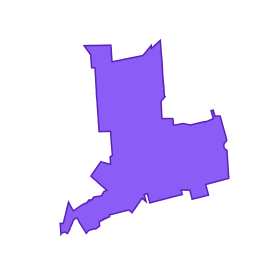 Tercero Arriba, Córdoba, Argentina, rotated 165°
{"feature_id": "61730980B38611506941533", "entity_name": "Tercero Arriba", "entity_type": "district", "adm_level": 2, "iso_a3": "ARG", "parent_name": "Argentina", "parent_adm1": "Córdoba", "projection": "equal_earth", "projection_center": [-63.538, -32.374], "detail": "fine", "context": "isolated", "style": "filled", "palette": "violet", "viewbox_px": 256, "rotation_deg": 165, "n_neighbors": 0, "source": "geoboundaries", "source_scale": "gbopen_adm2", "svg_char_len": 5367}
<svg xmlns="http://www.w3.org/2000/svg" viewBox="0 0 256 256"><g transform="rotate(165 128 128)"><path d="M149.1,218.9L145.0,208.1L145.2,207.6L146.1,203.1L147.0,198.5L147.5,195.5L144.3,194.7L145.5,188.8L147.9,177.2L148.7,173.2L148.9,171.8L149.2,171.5L150.4,165.4L150.9,162.2L151.3,160.0L152.2,155.9L152.8,152.7L153.3,150.0L153.9,146.9L154.7,143.0L155.0,141.6L155.4,139.6L155.6,138.7L155.8,137.3L156.1,135.8L156.9,132.0L145.7,129.2L146.5,125.2L147.8,118.6L148.2,116.8L148.5,114.6L149.8,107.8L150.2,105.5L152.1,105.0L152.8,104.7L153.4,101.7L154.1,98.2L154.3,97.5L155.2,98.0L156.2,98.5L157.2,99.1L158.5,99.8L159.7,100.5L160.9,101.2L162.8,102.3L162.9,102.5L166.2,99.7L169.7,96.8L176.3,91.1L173.9,87.4L172.5,85.4L171.6,84.0L171.0,83.0L170.1,81.7L169.3,80.4L168.1,78.6L165.9,75.3L165.5,74.6L164.7,73.4L165.2,73.4L165.5,73.3L165.8,73.1L166.1,73.1L166.4,73.0L166.6,73.0L166.8,72.9L167.2,72.8L167.7,72.8L168.1,72.5L168.4,72.3L168.6,71.7L168.8,71.6L169.3,71.4L169.4,71.2L169.6,71.1L169.9,70.9L170.1,70.6L170.2,70.3L170.6,69.6L170.9,69.5L171.2,69.5L171.8,69.5L172.2,69.3L172.9,69.4L173.4,69.6L173.8,69.6L174.3,69.6L174.8,69.7L175.2,69.8L175.7,69.9L176.2,69.9L176.8,69.9L177.1,70.0L177.3,70.0L177.8,70.1L178.0,70.2L178.3,70.2L178.6,70.1L178.8,69.9L179.0,69.8L179.3,69.8L179.3,69.7L179.6,69.4L179.9,69.3L180.1,69.1L180.3,69.0L180.4,68.8L180.5,68.5L180.7,68.4L181.0,68.3L181.1,68.2L181.3,68.3L181.6,68.1L182.0,68.3L182.3,68.3L182.4,68.1L182.5,67.9L182.8,67.9L183.1,67.9L183.3,67.9L183.4,68.0L183.5,68.1L183.7,68.3L183.8,68.4L183.9,68.5L184.0,68.6L184.3,68.6L184.5,68.4L184.8,68.3L184.8,68.1L184.9,67.9L185.0,67.7L185.3,67.5L185.5,67.5L185.5,67.4L185.5,67.2L186.0,67.2L186.3,67.3L186.6,67.1L186.7,66.9L187.1,66.6L187.2,66.4L187.4,66.2L187.6,66.2L187.8,66.2L188.0,66.1L188.4,66.1L188.5,66.1L188.8,66.2L189.0,66.3L189.3,66.3L189.6,66.4L189.8,66.3L190.2,66.2L190.4,66.2L190.8,66.0L192.3,65.6L195.8,64.4L197.8,63.7L198.2,63.5L200.2,62.8L202.3,62.2L202.4,62.7L202.6,63.5L202.9,64.6L203.3,66.2L203.6,67.2L204.0,69.1L204.3,70.4L204.6,71.8L205.2,70.7L205.7,69.9L206.3,68.8L207.6,66.6L210.0,62.1L211.4,59.4L212.1,58.3L212.7,57.1L214.9,53.2L215.3,52.6L218.2,53.5L218.5,51.5L219.4,47.2L220.3,42.7L219.7,43.2L219.2,43.6L218.7,43.7L218.0,43.8L217.4,43.8L216.9,44.0L216.5,44.0L216.0,44.0L215.9,43.9L215.8,43.6L215.6,43.5L215.4,43.3L215.1,43.2L215.0,42.9L214.7,42.7L214.5,42.4L214.3,42.2L214.1,42.0L214.0,41.8L213.8,41.7L213.6,41.9L213.4,42.1L213.2,42.2L213.1,42.5L212.9,42.7L212.8,42.8L212.6,43.1L212.4,43.4L212.1,43.6L211.9,43.8L211.6,43.9L211.4,44.2L211.2,44.4L211.0,44.7L210.9,44.8L210.6,45.0L210.4,45.4L210.2,45.6L210.1,45.9L209.9,46.2L209.6,46.7L209.4,47.1L209.2,47.3L209.0,47.6L208.7,47.7L208.6,47.9L208.5,48.0L208.3,48.2L208.1,48.4L207.9,48.8L207.7,49.2L207.1,49.7L206.9,49.9L206.1,50.9L206.0,51.2L205.7,52.0L205.3,52.5L205.1,52.6L204.8,52.8L204.6,53.0L204.1,53.3L203.9,53.4L203.6,53.6L203.2,53.9L203.0,54.0L202.5,54.1L202.3,54.1L202.0,54.2L201.3,54.3L201.0,54.4L200.8,54.4L200.7,54.3L200.6,54.0L200.4,53.7L200.2,53.2L200.0,52.9L199.9,52.6L199.9,52.4L199.9,52.2L199.8,51.8L199.7,51.4L199.7,51.2L199.6,50.9L199.6,50.5L199.4,50.0L199.3,49.6L199.3,49.4L199.2,49.0L199.1,48.6L199.1,48.2L198.7,47.6L198.5,46.8L198.5,46.4L198.2,45.8L198.0,45.3L198.0,44.9L197.9,44.5L197.8,44.2L197.7,44.0L197.7,43.9L196.4,40.1L195.7,37.1L194.3,38.0L192.3,39.3L191.6,39.4L190.4,39.3L189.7,39.3L188.1,39.4L186.8,39.2L185.2,38.9L183.0,39.7L180.8,40.6L180.6,41.6L180.3,43.2L179.9,45.0L175.5,45.8L175.5,46.3L173.6,46.7L173.6,46.2L168.7,47.1L168.3,49.1L167.1,49.1L167.0,48.8L155.5,48.7L150.3,48.6L148.3,48.6L146.8,46.3L146.1,45.1L144.4,46.5L141.8,48.7L140.2,50.0L136.6,53.1L132.5,56.6L131.3,54.7L130.0,52.8L129.6,52.2L129.6,59.5L126.3,59.6L126.3,50.0L125.0,50.0L119.3,50.0L117.9,50.0L111.2,49.9L109.8,49.9L104.8,49.9L101.6,49.9L100.1,49.8L97.1,49.8L93.9,49.7L92.8,49.7L92.8,53.4L92.8,54.4L89.3,53.3L86.3,52.5L84.4,52.0L84.4,50.3L84.4,45.0L84.5,42.6L82.5,42.6L80.1,42.5L71.9,42.4L67.6,42.3L67.6,45.1L67.6,45.9L67.6,47.0L67.6,53.3L56.6,53.3L56.4,53.3L48.3,53.3L43.7,53.3L40.7,68.5L38.2,81.0L38.9,81.5L39.3,81.9L39.4,82.1L39.8,82.8L40.4,84.5L39.5,87.7L35.8,90.5L35.7,94.4L35.8,102.0L35.9,115.7L37.8,116.2L40.9,116.9L41.0,123.2L43.3,123.3L43.2,114.9L45.1,114.6L47.9,114.3L49.7,114.0L51.8,113.8L51.8,114.3L53.2,114.3L54.5,114.4L55.6,114.4L55.8,114.5L56.1,114.4L60.7,114.6L63.9,114.7L65.9,114.8L67.0,114.8L68.1,115.3L71.5,117.0L72.3,117.4L73.5,118.0L73.9,118.1L75.3,118.2L77.3,118.4L78.3,118.4L81.5,118.7L82.7,118.8L83.4,119.2L82.9,121.5L82.7,122.7L82.2,125.3L82.3,125.5L82.5,125.6L84.3,126.1L91.7,128.0L92.7,128.3L91.9,132.5L91.0,136.6L90.3,140.1L89.4,144.2L89.2,145.2L89.1,145.3L86.4,147.1L85.2,147.9L84.8,148.2L84.0,148.7L84.0,148.8L84.6,149.0L84.0,152.6L83.2,156.1L82.9,157.9L82.4,160.6L82.5,160.5L81.7,164.9L81.1,168.5L80.0,173.7L79.0,178.0L77.9,183.7L77.4,186.5L76.8,190.2L74.1,204.3L76.0,203.3L82.9,199.7L84.8,198.8L84.2,201.7L87.0,199.7L90.7,197.0L94.7,194.3L94.8,194.2L97.5,194.3L98.6,194.4L100.3,194.5L101.9,194.6L103.6,194.7L105.2,194.8L108.4,195.0L109.9,195.1L111.7,195.2L112.8,195.3L114.9,195.4L116.0,195.4L120.2,195.7L122.2,195.9L123.0,195.9L124.5,196.0L126.3,196.1L125.9,198.2L124.9,203.3L124.7,204.4L124.0,207.6L123.3,211.3L123.1,212.4L127.7,213.6L131.0,214.4L134.4,215.2L137.8,216.1L140.6,216.8L143.6,217.6L146.3,218.2L148.0,218.6L149.1,218.9Z" fill="#8b5cf6" stroke="#5b21b6" stroke-width="1.5"/></g></svg>